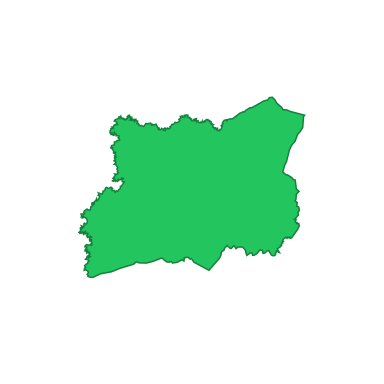 the district of Khok Si Suphan, Sakon Nakhon, Thailand, rotated 222°
{"feature_id": "78962969B94983517253563", "entity_name": "Khok Si Suphan", "entity_type": "district", "adm_level": 2, "iso_a3": "THA", "parent_name": "Thailand", "parent_adm1": "Sakon Nakhon", "projection": "natural_earth1", "projection_center": [104.331, 17.029], "detail": "fine", "context": "isolated", "style": "filled", "palette": "green", "viewbox_px": 384, "rotation_deg": 222, "n_neighbors": 0, "source": "geoboundaries", "source_scale": "gbopen_adm2", "svg_char_len": 6035}
<svg xmlns="http://www.w3.org/2000/svg" viewBox="0 0 384 384"><g transform="rotate(222 192 192)"><path d="M222.5,67.2L222.4,65.4L220.7,64.9L220.8,63.4L219.7,61.7L219.1,63.0L216.1,63.5L214.9,62.4L214.8,60.6L212.9,60.3L212.7,59.6L210.0,61.0L208.4,62.5L205.2,70.1L198.4,78.9L194.5,87.0L187.1,99.2L186.6,103.0L183.9,103.9L178.3,108.7L174.6,114.3L170.3,122.8L164.4,123.0L162.3,124.2L160.8,126.6L159.0,126.1L156.0,129.8L154.1,134.8L151.8,135.3L153.7,138.0L151.2,140.9L148.4,140.9L147.6,142.1L143.5,141.1L127.0,145.2L127.3,161.3L128.1,164.2L130.0,167.0L129.3,170.3L130.1,171.8L130.1,175.6L125.7,175.7L125.0,176.6L125.0,179.8L123.9,180.2L121.4,179.3L121.0,181.9L117.7,184.8L113.9,184.7L108.9,181.5L107.7,186.2L106.5,186.8L104.6,185.5L103.5,186.6L102.6,189.5L102.7,194.3L100.7,195.6L99.6,195.3L98.8,194.0L98.0,194.1L97.2,195.1L96.6,198.7L95.6,199.8L91.0,198.3L89.5,198.6L88.1,199.9L88.0,201.0L89.7,204.6L86.6,205.5L90.6,206.9L89.7,210.2L90.5,211.3L89.5,211.9L90.9,213.8L91.1,214.7L90.6,214.9L91.4,215.8L91.0,216.4L92.1,216.8L92.5,218.0L92.1,220.9L91.4,220.9L91.2,221.6L90.5,221.4L90.7,222.1L89.8,222.3L89.5,223.8L88.3,224.0L88.0,223.4L87.3,224.5L88.4,234.5L89.6,238.6L91.6,240.0L92.1,239.4L92.9,239.6L92.7,238.8L93.3,238.5L93.7,239.1L95.5,239.1L95.9,240.5L97.6,240.2L96.6,241.4L97.5,242.0L97.5,246.1L99.6,247.7L99.9,250.3L102.7,252.2L104.8,251.5L106.5,254.5L109.6,254.5L109.7,255.9L113.0,260.2L112.8,264.1L116.4,264.0L123.4,270.0L124.6,269.0L127.3,269.5L132.3,268.7L133.6,267.7L138.0,267.7L140.9,273.5L142.1,277.8L147.5,287.9L149.3,293.6L149.3,298.5L152.1,305.7L152.0,309.2L152.9,314.0L159.6,322.8L159.7,324.4L172.9,317.6L176.6,316.4L179.5,314.0L181.7,314.9L188.4,314.7L191.8,315.9L195.7,316.2L197.6,313.9L197.3,311.0L199.4,308.1L204.0,294.6L205.3,293.5L206.8,288.1L206.5,286.7L207.7,285.8L209.2,282.4L210.8,273.7L213.1,271.1L214.1,269.3L213.7,268.2L214.8,268.6L216.1,266.8L215.6,263.6L214.6,263.2L214.6,261.4L214.0,261.3L214.4,260.7L213.4,260.6L212.5,258.6L212.5,257.4L213.1,257.1L212.5,256.0L213.8,255.0L215.5,256.3L215.5,254.6L217.3,255.6L217.9,255.0L217.8,254.2L218.8,254.7L219.8,254.2L221.2,255.6L222.3,255.5L221.7,256.3L224.0,255.8L224.6,257.0L225.9,256.4L226.1,257.3L226.3,256.3L226.8,256.9L228.0,255.8L228.7,256.5L229.7,255.5L230.0,253.9L229.3,253.7L229.4,252.7L229.8,252.0L230.5,252.4L231.0,251.1L231.7,251.5L231.1,250.4L232.5,249.6L232.3,248.7L234.9,248.1L235.2,248.9L236.1,248.3L235.9,247.7L236.7,248.3L237.2,247.6L237.4,248.2L237.7,247.3L238.2,249.0L239.0,247.6L238.5,246.8L239.3,246.6L239.6,244.9L241.3,245.1L241.5,245.9L243.0,245.2L243.5,245.9L245.4,244.8L246.3,246.3L247.5,245.8L248.8,244.1L247.4,243.5L247.7,242.6L248.7,241.8L249.6,242.4L249.7,241.5L250.5,241.5L251.2,240.4L249.9,239.8L250.3,237.1L249.0,237.0L248.8,235.1L249.8,233.2L251.2,232.5L250.9,230.4L252.3,228.4L251.6,227.7L252.0,225.5L251.2,225.4L251.1,224.1L252.0,223.1L252.8,223.3L252.9,222.2L254.9,221.5L255.1,220.5L254.4,221.0L253.0,219.8L254.3,218.9L257.1,219.1L257.0,217.2L258.5,216.2L258.9,217.3L259.6,217.5L259.7,216.7L264.2,218.3L264.6,216.8L265.4,216.7L266.1,215.3L266.6,215.7L266.8,214.8L268.8,215.6L270.8,212.8L272.1,212.2L271.7,209.1L272.1,208.0L273.9,207.7L275.6,206.1L276.5,206.7L277.7,206.3L277.8,206.9L278.8,206.4L279.7,208.3L281.5,207.6L282.3,208.5L283.2,207.6L282.3,207.3L281.9,205.9L284.6,206.4L284.7,205.6L285.2,206.1L285.6,205.3L284.8,204.9L286.5,203.8L286.7,206.8L287.3,206.1L287.8,206.8L288.8,205.7L289.8,207.2L290.6,206.2L289.5,205.6L290.5,204.6L289.2,203.6L289.7,202.6L289.2,202.1L290.4,201.2L290.1,200.6L291.7,200.3L291.4,200.9L291.8,201.1L293.3,200.2L293.7,199.3L295.7,200.7L295.6,199.7L296.6,198.8L296.4,198.3L295.5,198.6L295.5,197.9L297.4,194.3L297.2,192.7L294.5,193.6L293.6,193.0L293.8,191.8L292.8,191.9L294.7,189.8L294.0,187.6L294.9,186.8L293.0,186.4L294.8,184.9L293.9,184.0L293.8,182.7L292.5,181.1L290.9,182.3L291.2,180.9L290.6,180.5L290.0,181.8L288.7,181.4L287.9,181.9L289.3,184.4L287.6,183.7L286.8,184.2L286.1,183.0L283.9,184.8L283.1,184.0L283.2,182.8L280.7,182.5L280.6,181.7L282.2,180.0L282.0,178.7L283.1,177.3L281.3,175.0L282.9,172.5L281.9,171.7L282.1,170.6L281.3,170.4L280.3,171.6L279.8,170.5L277.6,170.0L276.5,168.5L275.8,168.7L275.8,169.9L275.2,170.4L274.7,168.8L273.4,168.4L273.7,167.0L271.8,167.1L272.7,165.8L271.5,164.7L270.2,164.7L270.2,163.8L271.3,162.6L269.6,163.5L268.2,163.1L268.4,160.5L266.9,161.4L263.5,160.4L263.2,158.8L261.3,158.1L261.1,157.0L259.4,156.9L259.6,155.2L261.5,153.6L260.1,153.2L259.9,149.3L257.9,149.9L258.6,147.1L257.7,147.2L257.3,148.8L256.0,148.7L255.8,149.5L254.4,150.0L254.5,151.2L256.1,152.2L254.3,152.0L253.2,153.8L253.7,155.3L252.1,156.0L252.3,154.2L250.7,153.1L249.1,154.1L248.4,149.3L249.0,148.3L247.6,146.6L248.0,144.6L247.7,142.6L248.8,142.3L249.0,140.3L250.7,141.3L252.5,139.6L253.4,140.3L253.4,141.5L255.4,141.4L256.4,138.8L258.7,138.2L258.9,137.0L257.9,134.9L258.6,133.0L257.3,130.3L260.8,128.7L259.7,128.4L259.5,126.7L257.8,127.3L257.3,126.3L256.4,122.3L256.9,121.6L258.3,122.9L257.7,121.0L258.2,119.7L256.5,117.2L257.0,116.8L258.2,118.1L259.0,117.0L258.1,115.7L256.7,115.4L257.3,113.2L255.5,110.6L257.3,109.1L258.6,109.1L259.4,105.9L258.7,104.4L257.6,104.5L257.4,103.7L259.7,101.3L258.5,100.8L257.5,99.3L256.6,101.6L255.9,101.3L255.8,99.9L254.9,101.3L252.6,101.8L250.0,100.1L249.2,98.4L249.3,96.9L251.0,97.0L251.2,96.3L249.2,93.8L251.4,92.9L249.2,92.3L249.4,91.5L250.7,91.4L250.9,90.4L249.3,90.1L249.5,89.0L248.6,88.4L249.0,86.3L247.5,86.3L247.5,87.5L246.5,87.5L246.6,89.3L244.2,87.9L243.7,89.4L245.0,89.8L244.7,91.5L242.7,90.1L241.8,91.6L241.0,90.9L241.1,89.0L239.2,88.3L238.0,91.1L236.4,91.2L237.2,89.1L236.0,87.6L234.8,87.2L235.2,88.9L234.8,89.4L231.0,85.6L231.4,85.0L232.3,86.0L232.6,83.8L235.1,82.4L235.3,80.2L234.8,79.6L233.8,80.6L232.8,80.3L232.9,77.8L232.0,76.6L231.3,77.3L231.9,78.8L230.6,78.9L230.0,78.5L230.6,77.2L229.3,76.2L229.1,77.8L228.0,77.5L227.9,79.3L227.3,77.9L226.2,77.5L226.5,75.6L224.3,76.1L224.8,73.9L226.4,74.7L226.9,73.9L226.2,72.9L226.1,70.7L223.6,72.2L222.2,71.8L222.6,70.2L221.7,69.1L222.5,67.2Z" fill="#22c55e" stroke="#15803d" stroke-width="1.5"/></g></svg>